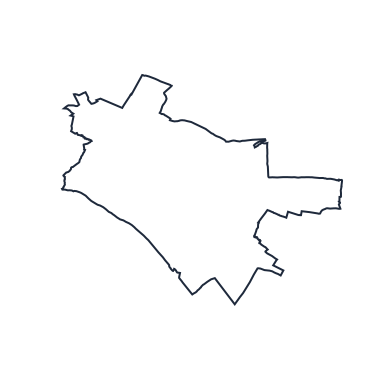 Bacles, Mehedinti, Romania, rotated 17°
{"feature_id": "2599482B78289781557705", "entity_name": "Bacles", "entity_type": "district", "adm_level": 2, "iso_a3": "ROU", "parent_name": "Romania", "parent_adm1": "Mehedinti", "projection": "equal_earth", "projection_center": [23.15, 44.465], "detail": "fine", "context": "isolated", "style": "outline", "palette": "slate", "viewbox_px": 384, "rotation_deg": 17, "n_neighbors": 0, "source": "geoboundaries", "source_scale": "gbopen_adm2", "svg_char_len": 5924}
<svg xmlns="http://www.w3.org/2000/svg" viewBox="0 0 384 384"><g transform="rotate(17 192 192)"><path d="M284.1,245.5L289.3,244.5L292.0,244.4L294.2,244.9L296.6,245.2L297.9,245.2L301.2,245.9L302.3,240.3L291.1,238.4L292.6,232.8L293.1,231.7L291.1,231.2L287.2,229.8L281.8,228.7L279.8,227.8L279.6,227.4L280.7,225.5L281.2,224.9L278.4,223.3L277.9,223.2L277.4,223.2L273.5,222.0L272.6,221.4L272.0,221.3L271.5,221.3L271.6,220.1L271.4,220.1L271.7,219.0L271.1,219.0L270.9,218.0L270.3,218.0L269.8,218.3L268.9,217.7L268.3,217.5L268.2,217.4L268.2,217.1L267.8,217.0L267.6,216.9L267.3,216.2L267.1,216.2L266.7,216.3L266.6,216.8L266.4,216.9L266.1,216.8L266.0,216.4L265.8,216.3L264.9,216.9L264.5,216.6L264.4,216.3L264.3,215.7L264.6,215.6L264.6,215.0L264.8,210.7L264.7,209.2L264.8,208.4L265.5,206.7L264.7,203.6L264.8,202.5L264.9,202.1L264.2,202.0L265.9,197.0L268.0,191.4L269.4,187.2L270.5,187.3L271.5,187.3L274.5,187.7L275.3,187.6L276.1,188.1L277.1,188.0L278.8,188.2L279.2,188.2L281.2,188.6L281.7,188.4L282.1,188.7L283.4,188.9L284.0,188.8L285.3,188.9L286.3,188.8L288.7,188.9L289.7,189.0L289.6,182.8L300.5,182.9L302.3,182.5L302.3,182.3L303.0,182.2L302.5,178.3L310.2,176.9L318.8,175.7L319.1,175.8L320.5,175.4L320.8,175.1L321.1,173.1L321.7,171.6L322.7,170.5L324.4,169.2L325.2,168.4L326.1,168.0L328.9,167.5L332.3,166.2L334.4,165.5L337.4,165.1L338.5,164.8L338.8,164.6L336.1,161.0L336.2,160.5L336.7,159.5L336.7,159.0L336.5,158.7L335.6,158.5L335.4,158.3L335.8,158.1L335.7,157.8L334.5,153.6L335.7,153.2L335.8,152.9L334.8,149.5L333.8,147.0L333.4,143.0L333.2,143.0L332.5,138.9L332.2,137.3L332.0,137.0L331.7,136.7L330.1,137.2L329.0,137.2L329.0,138.3L327.6,138.1L327.3,138.4L324.5,138.4L320.9,138.8L317.1,140.0L315.4,140.0L314.9,140.2L313.1,140.3L310.1,141.3L304.9,142.4L302.6,142.8L297.3,144.3L295.1,145.1L292.6,145.8L289.9,147.0L288.5,147.4L285.9,147.8L282.6,148.9L280.3,149.5L278.6,150.0L274.9,151.1L269.2,153.2L264.6,154.4L261.6,155.5L261.1,155.5L260.6,155.1L260.3,154.5L257.1,145.5L255.7,143.1L255.2,140.7L255.0,140.0L253.3,135.3L252.9,133.4L251.7,129.8L251.5,129.0L251.0,128.0L249.8,123.8L249.7,123.1L248.4,123.9L247.3,124.3L246.7,124.5L245.1,124.4L244.4,124.7L243.4,125.8L243.1,126.3L241.9,127.2L241.4,128.6L240.9,129.0L240.0,130.1L239.0,131.0L238.5,130.0L237.6,129.2L238.6,127.4L239.5,126.5L240.3,125.4L241.3,124.5L241.9,124.0L246.1,122.2L247.0,121.5L247.2,121.4L247.2,121.1L246.4,120.1L234.8,124.3L230.2,126.3L227.8,127.4L225.0,128.4L223.0,129.7L219.4,130.3L218.4,130.3L216.7,130.6L215.4,131.2L212.6,133.0L212.0,133.3L209.8,133.9L208.6,133.0L207.2,132.5L202.8,131.6L199.0,131.4L197.1,131.0L194.8,130.2L193.6,130.2L186.6,127.7L170.7,125.3L166.6,125.6L163.9,125.7L163.1,125.9L161.6,126.2L159.9,126.9L159.5,127.1L159.3,127.4L157.3,128.6L156.6,128.8L154.6,129.6L152.7,129.8L149.9,129.8L150.1,128.3L149.1,127.9L144.8,126.7L143.5,126.5L142.9,126.1L142.0,126.0L141.1,126.0L140.4,126.3L138.0,125.8L138.5,123.7L138.5,120.9L138.6,120.2L138.5,119.8L138.5,118.9L138.9,116.8L139.4,116.0L140.1,113.5L140.4,111.5L140.4,110.3L139.0,108.0L136.7,106.2L136.5,105.9L136.3,105.2L138.6,101.4L139.6,99.9L141.5,96.6L141.5,96.4L140.9,96.5L140.0,96.0L129.4,95.4L126.7,94.9L123.4,94.5L117.0,94.1L114.0,94.2L113.4,94.3L112.3,94.8L111.3,94.6L110.2,94.7L105.7,116.1L105.3,115.8L105.2,116.0L104.9,116.8L105.0,116.8L101.4,129.0L100.7,132.0L77.2,129.5L73.7,132.1L75.0,132.9L73.0,135.1L72.1,135.9L70.3,137.0L70.0,137.1L66.4,134.8L65.9,134.4L65.5,133.8L65.2,132.1L64.3,131.1L61.0,127.7L58.8,129.5L58.0,130.4L55.6,132.6L53.9,132.4L51.6,132.6L50.5,133.1L51.4,134.2L54.7,137.5L58.5,141.5L57.2,143.3L55.8,143.8L53.7,143.8L51.8,144.3L50.3,144.8L48.6,145.2L47.7,146.0L46.4,147.7L45.2,149.5L47.4,149.0L48.9,148.9L49.8,149.4L51.5,149.9L53.2,151.1L55.6,151.8L53.6,154.4L55.7,154.3L56.6,154.4L57.4,162.5L57.4,163.4L57.3,163.6L57.6,164.6L58.1,165.2L58.7,166.9L58.6,169.2L63.2,170.4L63.4,170.1L64.1,169.8L64.3,169.4L64.7,169.2L65.8,170.5L66.2,170.5L66.3,170.7L68.2,170.5L68.8,170.4L69.6,169.9L70.4,169.9L70.4,170.2L70.7,170.4L70.6,170.6L71.5,170.5L72.0,170.8L72.1,171.1L72.4,170.9L73.4,171.1L73.9,171.5L73.8,171.8L73.7,172.2L74.0,172.3L74.3,172.2L74.6,171.7L74.8,171.7L75.4,171.8L75.4,172.2L75.6,172.3L76.3,171.8L77.2,171.8L77.7,172.3L78.6,171.8L79.2,172.1L79.8,172.0L80.1,172.2L80.7,172.2L81.1,172.6L80.2,173.3L80.1,174.0L79.7,174.5L78.9,175.2L78.3,176.0L77.7,176.5L74.5,178.3L74.5,178.5L76.1,181.6L76.4,182.6L76.4,182.9L77.4,183.0L77.1,185.7L76.7,186.2L76.5,188.4L75.7,190.6L75.9,192.0L75.6,192.7L75.3,193.9L75.5,196.3L74.9,197.4L73.5,199.1L70.7,203.0L70.1,203.2L69.6,203.6L69.3,204.1L69.5,205.5L69.5,205.9L69.2,206.4L68.8,207.6L67.8,209.0L66.0,210.2L64.2,213.6L64.2,213.9L64.6,214.2L65.0,214.3L66.1,214.8L66.0,215.5L66.6,216.5L66.7,217.1L66.6,217.3L66.7,217.7L66.5,218.0L66.9,219.2L67.6,220.1L67.8,221.2L68.3,222.2L67.9,223.6L67.8,224.8L67.6,224.9L67.5,225.5L67.5,226.5L66.8,227.0L67.4,227.6L69.5,226.9L70.5,226.8L71.5,226.8L72.9,226.7L74.2,226.2L76.0,225.8L76.8,225.7L78.4,226.0L79.1,225.4L81.2,225.0L84.7,225.1L86.4,225.3L91.4,226.6L95.0,228.5L98.3,230.0L104.6,231.6L105.6,231.8L108.1,231.8L111.6,232.5L114.8,233.7L118.2,235.3L121.1,235.7L122.6,236.4L124.3,236.9L127.9,238.3L130.2,238.9L131.1,239.2L134.8,239.2L137.6,239.9L140.8,240.3L144.1,241.2L147.3,242.6L148.7,243.4L151.1,244.5L158.6,247.8L162.0,249.7L164.3,250.8L177.5,259.5L183.2,262.9L186.3,265.2L191.2,268.3L191.6,268.7L191.8,269.5L192.5,270.4L193.9,271.2L194.0,271.5L195.9,272.7L196.6,273.0L197.0,273.0L197.5,271.3L197.4,270.7L197.7,270.7L198.3,271.0L199.4,271.6L200.9,273.0L201.4,273.3L202.3,273.2L203.3,273.0L204.2,272.9L204.6,277.3L204.9,278.0L208.7,280.6L209.1,281.0L222.2,289.9L223.4,288.4L224.9,286.9L225.3,286.2L225.7,285.6L226.0,284.6L227.2,282.9L227.9,281.3L228.4,280.7L228.5,280.4L228.5,279.8L229.7,277.5L230.5,276.7L232.9,273.4L235.8,269.9L239.0,267.7L265.7,286.9L268.5,278.6L270.4,273.7L273.7,261.2L275.3,252.8L277.0,245.9L277.5,245.6L279.8,245.2L284.1,245.5Z" fill="none" stroke="#1e293b" stroke-width="2"/></g></svg>